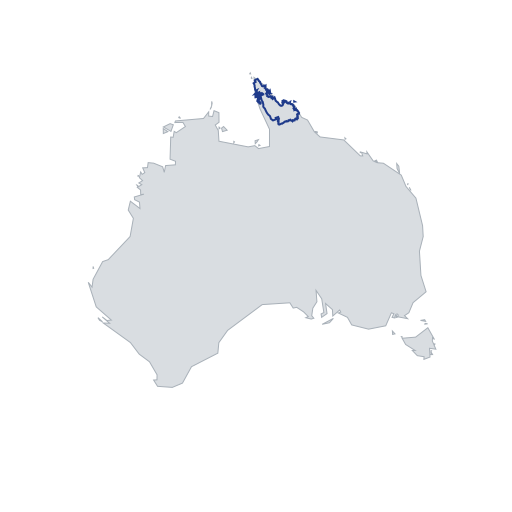 Cook, Queensland, Australia (highlighted), rotated 334°
{"feature_id": "25037944B35622910690770", "entity_name": "Cook", "entity_type": "district", "adm_level": 2, "iso_a3": "AUS", "parent_name": "Australia", "parent_adm1": "Queensland", "projection": "natural_earth1", "projection_center": [143.95, -13.681], "detail": "fine", "context": "in_parent", "style": "outline", "palette": "blue", "viewbox_px": 512, "rotation_deg": 334, "n_neighbors": 0, "source": "geoboundaries", "source_scale": "gbopen_adm2", "svg_char_len": 9404}
<svg xmlns="http://www.w3.org/2000/svg" viewBox="0 0 512 512"><g transform="rotate(334 256 256)"><path d="M338.7,107.0L343.6,130.9L349.7,129.7L356.6,136.8L357.8,151.4L361.9,156.4L362.9,170.0L365.8,177.1L385.8,190.2L393.6,211.7L395.8,212.8L396.3,209.0L400.6,212.9L401.3,211.0L403.0,221.9L405.6,225.1L411.2,228.5L422.0,247.0L421.3,259.3L425.1,274.1L419.0,301.8L414.8,311.8L405.0,323.3L395.7,345.8L393.2,362.7L376.7,366.8L368.5,374.0L363.3,374.7L364.8,378.8L356.8,372.8L358.0,371.4L357.5,369.9L356.0,369.8L353.3,372.4L351.4,370.8L354.6,368.3L352.8,366.4L342.0,375.6L325.1,371.1L311.8,359.9L311.3,351.2L305.0,343.3L307.6,343.6L307.5,341.2L298.7,343.6L301.2,337.7L297.7,329.2L294.6,338.9L288.1,339.9L289.1,336.6L292.2,336.6L296.3,323.3L294.9,313.2L290.7,323.8L284.2,327.8L279.9,334.1L280.7,337.3L278.0,336.9L273.7,333.3L276.4,333.3L274.3,327.1L270.1,320.0L266.6,319.1L265.9,312.9L240.3,302.4L197.9,310.4L184.6,317.6L179.1,326.6L149.5,327.2L134.2,338.0L123.2,337.4L110.4,330.0L109.6,322.6L112.7,323.9L115.0,319.4L113.9,304.4L108.0,293.0L105.2,278.8L89.3,249.2L94.9,252.3L91.1,243.3L93.7,248.6L97.9,250.2L90.1,231.7L93.7,206.1L95.0,212.1L99.4,205.5L115.7,193.8L121.6,194.5L151.4,183.3L162.3,168.4L161.3,158.7L167.1,151.7L172.5,162.5L174.9,156.5L171.6,152.2L172.5,149.6L182.4,151.3L179.3,150.3L181.2,146.0L179.4,142.3L184.6,141.8L182.7,139.0L187.1,138.5L185.5,134.5L189.2,129.9L189.5,132.7L192.6,132.3L192.8,127.1L197.2,129.0L200.0,124.8L204.7,127.7L211.2,134.9L210.2,140.6L214.4,135.1L223.5,138.7L225.2,135.6L221.2,131.3L231.5,111.7L233.6,113.0L237.1,108.1L238.4,110.2L249.3,108.7L248.9,103.9L241.6,100.5L242.8,99.3L269.1,109.4L276.7,105.7L274.8,109.5L278.1,111.6L282.0,107.0L285.5,110.9L281.4,119.6L276.8,120.4L277.1,126.7L273.0,136.6L296.8,154.5L303.3,156.3L305.4,160.6L316.1,163.5L323.7,148.0L324.1,125.4L325.3,116.8L328.0,114.8L326.0,110.9L332.5,94.6L338.7,107.0ZM351.3,394.0L363.9,398.9L379.0,395.8L379.8,409.3L378.8,406.9L377.2,409.7L376.8,418.6L371.5,415.0L368.1,423.1L361.6,422.5L362.9,420.2L357.3,416.3L355.1,409.5L357.6,410.7L351.7,401.1L351.3,394.0ZM229.3,99.4L236.8,99.4L239.2,101.8L234.2,106.7L229.3,99.4ZM285.5,346.4L298.2,346.0L292.8,348.2L285.5,346.4ZM283.6,125.4L285.2,130.3L280.4,129.5L281.1,126.0L283.6,125.4ZM421.3,244.8L421.1,239.3L423.0,234.6L423.7,237.9L421.3,244.8ZM375.6,386.0L379.7,387.2L379.8,389.1L375.6,386.0ZM228.5,100.8L231.3,105.6L226.4,105.3L228.5,100.8ZM346.8,386.9L344.4,386.4L345.7,383.2L346.8,386.9ZM309.2,152.5L306.9,153.9L304.6,154.7L305.7,152.0L309.2,152.5ZM89.2,247.9L87.2,245.2L86.9,242.6L87.1,242.5L89.2,247.9ZM378.9,390.9L380.5,392.2L377.4,391.1L378.9,390.9ZM404.6,222.6L406.3,222.6L406.3,225.1L404.6,222.6ZM363.5,169.8L365.5,171.3L365.1,172.1L363.5,169.8ZM371.3,419.8L371.5,422.0L369.9,421.3L371.3,419.8ZM423.9,261.4L424.0,264.5L423.8,264.4L423.9,261.4ZM248.5,99.2L247.2,97.8L248.0,97.2L248.5,99.2ZM283.6,99.4L281.8,101.8L284.0,97.6L283.6,99.4ZM424.3,257.7L423.4,258.7L424.0,257.6L424.3,257.7ZM286.7,144.0L285.7,144.5L286.3,143.3L286.7,144.0ZM279.8,125.3L278.5,125.5L279.3,124.0L279.8,125.3ZM105.0,194.0L104.7,195.9L104.1,195.8L105.0,194.0ZM330.3,93.4L330.2,95.1L329.7,93.9L330.3,93.4ZM356.0,370.6L356.3,371.6L355.9,371.3L356.0,370.6ZM281.3,102.5L278.9,104.2L281.4,102.1L281.3,102.5ZM185.6,132.1L184.7,133.3L185.3,131.9L185.6,132.1ZM372.2,418.2L371.4,418.6L371.9,417.8L372.2,418.2ZM308.1,158.3L306.7,158.2L307.4,157.2L308.1,158.3ZM180.7,140.9L180.1,141.6L180.0,140.0L180.7,140.9ZM378.3,413.6L377.2,414.2L377.6,413.0L378.3,413.6ZM331.1,88.9L331.0,90.0L330.2,89.5L331.1,88.9ZM355.4,372.0L356.5,373.0L354.7,372.7L355.4,372.0ZM388.2,190.1L387.3,190.1L387.7,188.8L388.2,190.1ZM395.5,208.8L395.0,208.8L395.4,207.8L395.5,208.8ZM351.9,392.4L351.6,393.2L351.3,392.2L351.9,392.4Z" fill="#d9dde1" stroke="#a8b0b8" stroke-width="1"/><path d="M329.7,113.1L328.8,113.2L328.6,113.4L328.2,113.3L328.1,113.0L327.8,113.2L328.3,112.7L328.3,113.1L328.6,113.1L329.0,112.4L329.0,110.2L330.5,110.2L329.7,111.4L330.9,111.1L331.2,111.5L331.3,111.9L331.5,111.9L331.5,112.1L332.1,112.6L332.4,112.3L332.6,112.4L332.8,112.3L333.5,113.6L333.4,114.0L330.3,113.8L329.3,118.8L329.6,120.3L329.0,123.1L328.1,124.7L328.0,125.6L328.6,127.4L328.5,129.3L328.5,130.9L328.6,132.4L329.0,134.4L329.6,135.6L329.9,136.4L329.7,138.3L329.5,139.2L330.7,141.6L334.2,141.9L334.3,140.5L336.9,140.8L336.8,142.2L336.3,142.1L336.2,143.5L335.3,143.5L335.2,144.9L334.7,144.8L334.6,146.3L334.0,146.9L334.0,147.5L334.3,147.9L334.9,148.2L335.3,148.1L336.1,148.2L336.7,148.1L337.4,148.2L337.6,148.5L338.8,148.3L339.1,148.4L340.5,147.8L341.2,147.9L341.1,148.0L341.7,148.3L341.9,148.1L342.6,148.1L342.8,148.5L343.6,149.0L344.0,148.9L344.3,148.7L344.6,148.4L345.0,148.7L345.3,148.4L346.1,148.8L346.5,148.6L346.7,149.2L346.8,149.2L347.0,149.8L347.3,150.0L347.5,150.1L347.8,150.8L348.0,150.6L348.4,150.6L348.6,150.2L349.2,150.8L349.5,150.6L350.0,150.9L350.1,150.7L350.1,150.4L350.6,150.2L351.0,150.5L351.4,150.6L351.6,150.0L351.8,149.8L352.2,149.9L352.2,150.3L352.7,151.0L353.1,150.6L353.3,150.8L353.5,150.7L353.8,150.7L354.1,150.5L354.0,150.1L354.4,149.5L354.3,149.4L354.1,149.2L354.1,148.9L354.3,148.8L354.6,149.0L355.0,148.2L355.0,147.8L354.8,147.6L354.8,147.0L355.1,146.8L355.3,146.9L355.4,146.6L355.6,146.6L355.9,146.7L356.3,146.5L356.6,146.4L356.6,146.6L356.9,146.6L357.0,146.8L357.3,146.5L357.2,146.3L357.4,145.8L357.2,145.4L357.3,145.0L357.3,144.5L356.8,143.8L357.0,143.3L356.9,143.0L356.5,142.8L356.6,142.3L356.4,142.0L356.4,141.9L356.3,142.0L356.1,142.0L356.2,141.8L356.0,141.5L355.7,141.5L355.0,141.5L355.1,141.4L355.5,141.4L355.5,141.0L355.2,140.9L355.2,141.3L354.9,141.3L354.7,141.3L354.7,141.2L354.6,141.3L354.5,141.1L354.5,140.8L354.7,140.5L354.5,140.0L354.9,139.9L354.9,138.7L354.9,138.9L355.3,138.9L355.7,138.8L355.8,138.6L355.6,138.5L355.6,138.2L355.4,138.3L355.4,137.9L355.6,137.9L355.6,137.2L355.3,137.2L355.4,135.7L355.0,135.4L354.4,135.3L354.2,135.1L354.3,134.9L353.8,134.7L353.8,134.1L353.6,134.0L353.4,133.5L352.8,133.5L352.3,133.3L352.3,132.8L351.8,133.0L351.5,132.9L351.3,132.5L351.0,132.1L351.0,131.6L351.2,131.0L351.2,130.8L350.7,131.0L350.6,130.4L350.8,130.0L350.1,129.0L349.9,129.0L349.4,130.0L348.6,130.4L348.1,130.4L347.5,129.9L347.3,130.0L347.4,130.6L347.1,131.2L346.0,132.2L345.2,132.3L344.5,132.1L344.2,131.9L343.8,131.4L343.5,130.7L343.1,129.3L343.1,128.6L343.0,127.5L342.5,127.0L342.2,126.0L341.8,125.4L341.7,124.9L341.9,123.6L342.2,122.8L342.1,122.4L342.2,121.5L341.7,121.6L341.6,121.8L341.4,121.6L341.4,121.9L339.9,122.2L339.9,121.8L340.3,121.4L340.5,120.7L340.2,120.2L339.9,120.3L340.1,119.9L339.4,119.8L339.2,119.9L339.3,118.8L338.1,118.9L337.6,118.7L337.0,118.6L336.2,117.3L336.8,116.9L336.7,116.2L336.4,115.8L336.2,115.5L336.3,115.3L336.5,115.3L336.6,115.1L336.6,114.7L336.5,114.4L337.4,114.4L337.5,114.0L337.8,113.8L337.7,113.5L337.9,113.1L338.1,113.2L338.5,113.0L338.7,112.9L338.6,113.4L338.9,113.9L339.1,113.9L339.0,114.5L338.8,114.5L338.8,114.8L339.0,115.2L339.2,116.1L339.6,115.7L339.8,115.8L339.8,115.6L339.7,115.4L339.7,115.2L340.0,115.3L340.0,115.1L340.2,115.3L340.5,114.6L340.7,114.2L340.9,113.5L340.7,113.6L340.7,113.4L339.8,112.9L339.5,112.4L339.5,111.5L339.3,111.2L339.1,111.2L338.7,110.9L337.9,110.9L338.0,109.6L338.0,109.2L337.8,109.0L338.0,108.9L338.7,107.3L339.0,107.2L339.1,107.3L339.2,107.1L338.6,107.2L338.4,106.6L338.0,106.4L337.7,106.7L336.9,106.8L335.9,105.9L335.9,103.8L335.7,102.2L335.7,101.8L336.0,101.3L335.8,100.7L335.4,100.2L335.3,98.3L335.0,97.9L335.0,97.5L332.0,97.5L331.7,97.9L331.8,98.7L331.6,99.0L331.8,99.4L329.6,99.7L329.7,100.5L329.5,102.1L329.0,103.0L328.6,105.0L328.3,105.5L328.1,107.0L328.4,107.2L328.6,107.6L328.7,107.8L328.6,108.1L328.8,108.2L329.0,107.3L329.5,107.3L329.2,107.5L329.2,107.8L329.0,108.1L329.0,108.6L328.8,108.2L328.7,108.4L328.6,108.7L328.5,108.0L328.3,108.1L328.2,108.3L328.3,109.0L327.9,109.1L327.3,109.4L327.3,110.6L326.4,110.3L326.3,110.5L327.3,110.8L327.3,111.3L326.7,112.1L326.3,111.8L325.9,112.0L325.7,111.8L325.1,113.1L325.4,113.2L325.6,113.2L325.7,112.0L325.7,112.7L326.0,112.8L326.0,112.4L326.4,112.2L326.2,112.4L326.7,112.8L326.9,113.2L327.2,113.3L327.5,113.3L327.5,113.0L327.7,113.3L327.7,113.8L327.4,114.0L327.6,114.1L327.4,114.3L327.2,114.3L326.9,114.9L326.9,115.8L326.5,115.7L326.1,116.2L325.6,116.6L325.1,117.4L325.4,117.8L325.5,119.0L326.0,119.8L326.5,120.3L326.5,121.0L327.0,121.0L327.3,120.5L326.4,117.4L327.3,116.8L326.9,116.5L327.1,116.1L327.5,116.1L327.9,114.8L328.7,116.0L329.2,115.3L329.0,114.8L328.7,114.8L328.6,115.2L328.3,114.5L329.4,114.3L330.3,113.6L329.7,113.1ZM339.8,115.6L339.5,115.5L339.6,115.4L339.5,115.2L339.8,115.6ZM327.7,115.1L327.6,114.8L327.6,114.6L327.7,115.1ZM325.9,112.2L326.0,112.2L326.3,112.1L326.2,112.1L325.9,112.2ZM327.8,114.3L327.6,114.3L327.6,114.1L327.8,114.3ZM328.0,114.1L327.9,114.3L327.9,114.1L328.0,114.1ZM348.0,129.0L347.7,129.2L348.1,129.3L348.0,129.0ZM326.2,109.8L326.9,109.9L327.0,109.8L326.7,109.6L326.2,109.8ZM358.0,134.0L358.3,134.1L358.1,133.8L358.0,134.0ZM348.0,128.9L347.6,128.7L347.5,129.2L347.8,128.9L348.0,128.9ZM355.7,141.3L355.5,141.2L355.5,141.4L355.9,141.4L355.8,141.2L355.7,141.3ZM327.3,114.1L327.4,113.9L327.2,113.8L327.3,114.1ZM353.8,132.4L354.0,132.5L354.1,132.4L353.8,132.4ZM347.9,129.7L348.1,129.5L347.8,129.6L347.9,129.7ZM348.5,128.2L348.5,128.4L348.6,128.2L348.5,128.2ZM347.4,129.7L347.7,129.5L347.6,129.4L347.4,129.7ZM342.1,119.3L342.1,119.1L342.1,119.3ZM341.4,112.7L341.2,112.6L341.4,112.7Z" fill="none" stroke="#1e3a8a" stroke-width="2"/></g></svg>